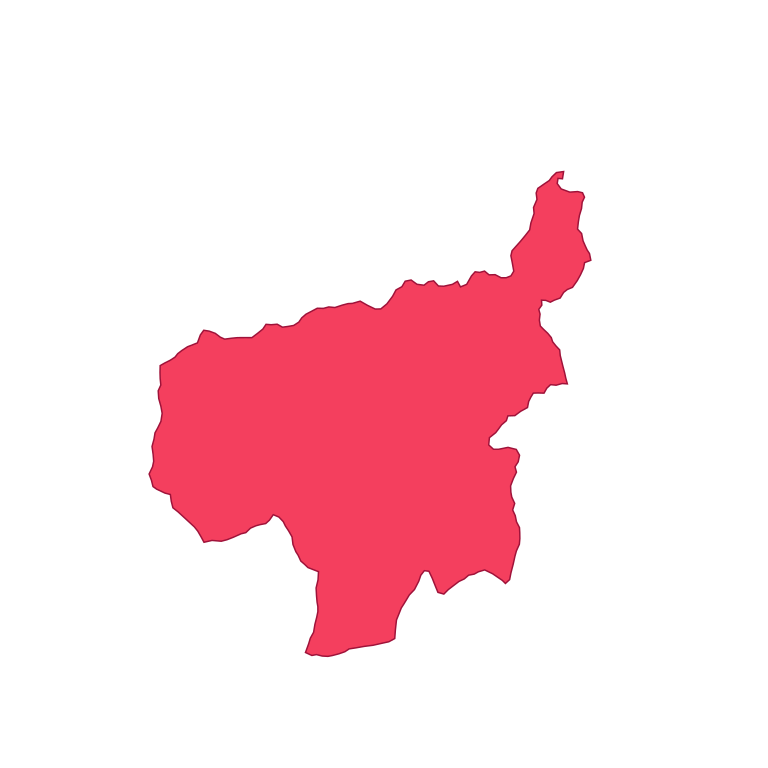 Echaporã, São Paulo, Brazil, rotated 29°
{"feature_id": "56859067B12179027104670", "entity_name": "Echaporã", "entity_type": "district", "adm_level": 2, "iso_a3": "BRA", "parent_name": "Brazil", "parent_adm1": "São Paulo", "projection": "orthographic", "projection_center": [-50.188, -22.419], "detail": "fine", "context": "isolated", "style": "filled", "palette": "rose", "viewbox_px": 768, "rotation_deg": 29, "n_neighbors": 0, "source": "geoboundaries", "source_scale": "gbopen_adm2", "svg_char_len": 3578}
<svg xmlns="http://www.w3.org/2000/svg" viewBox="0 0 768 768"><g transform="rotate(29 384 384)"><path d="M250.7,584.2L254.8,589.7L259.4,594.6L266.0,595.7L287.4,600.9L292.5,603.0L298.5,606.6L303.3,609.7L309.4,604.2L317.9,600.4L322.2,596.3L326.5,591.1L331.6,584.3L335.2,581.0L337.1,574.8L340.7,570.1L344.0,566.9L348.2,563.4L349.8,558.7L350.5,552.0L356.5,551.3L362.6,553.2L366.6,556.0L371.8,558.7L377.7,562.3L382.2,568.5L388.2,573.4L391.9,575.4L397.1,579.2L401.9,580.2L406.5,581.4L417.7,579.9L421.3,587.4L423.5,595.3L427.7,602.0L431.2,607.2L434.1,610.8L436.5,615.1L438.2,620.5L440.1,627.7L442.8,635.3L442.8,642.0L444.0,647.5L445.5,656.9L452.5,656.4L456.1,653.4L461.8,651.9L467.0,649.4L470.5,646.5L475.4,641.8L479.6,637.1L481.9,632.6L487.2,628.5L494.0,623.0L501.1,617.8L508.4,611.3L513.2,607.1L516.8,601.4L513.2,593.6L509.3,584.3L508.4,576.9L507.7,571.5L508.0,566.9L508.2,562.2L508.4,556.2L510.3,549.0L510.0,539.6L508.9,533.4L509.8,527.7L514.1,526.0L520.4,530.5L523.9,533.4L527.2,536.1L532.2,540.1L538.2,538.7L539.9,532.7L542.5,526.7L545.3,520.3L548.7,515.6L550.7,510.2L555.1,506.5L557.6,502.5L562.2,497.8L570.9,497.3L577.3,497.9L582.7,498.4L586.9,499.6L588.7,494.2L586.6,487.7L584.3,478.8L582.0,471.1L580.7,465.7L580.1,458.6L577.8,453.4L574.8,448.2L572.1,443.9L566.7,440.3L562.6,435.5L557.6,431.8L556.2,425.1L550.5,420.9L547.4,417.1L544.1,411.7L543.0,404.0L542.6,396.9L538.7,392.9L539.1,387.0L537.1,380.6L531.4,377.1L523.2,379.3L515.9,385.5L511.4,388.0L505.1,386.5L502.2,379.8L505.3,372.4L506.0,367.6L506.6,362.7L508.8,356.8L507.8,351.8L513.8,348.2L516.7,341.7L520.9,335.0L519.0,329.1L518.8,324.2L519.0,319.6L523.0,317.2L528.4,314.4L528.4,308.8L530.0,303.8L535.1,301.6L539.6,297.2L544.3,295.0L540.1,290.7L536.7,286.8L531.9,281.8L528.0,277.6L524.3,273.6L521.1,269.0L515.8,267.3L511.0,265.3L507.8,262.3L502.7,260.3L496.9,258.8L492.6,257.5L488.9,252.8L486.6,247.2L483.2,243.7L483.8,238.5L481.1,234.3L485.0,232.4L489.8,231.8L492.3,228.1L496.4,223.4L496.7,216.8L498.5,212.5L502.0,208.1L502.9,199.9L502.9,193.1L502.4,186.3L500.6,180.6L504.9,175.5L500.5,170.3L496.7,168.3L493.0,165.6L488.7,162.3L483.9,156.6L478.2,154.7L475.4,148.0L473.2,141.8L471.7,134.8L469.2,128.9L468.8,123.4L464.9,120.5L460.1,121.8L453.5,126.1L444.4,127.5L438.3,124.7L436.5,119.8L440.6,118.0L438.1,111.1L432.3,115.5L430.5,121.2L429.9,125.9L427.3,131.0L423.7,138.3L424.5,143.2L428.3,148.4L429.2,157.1L432.6,162.1L434.4,171.9L436.7,178.6L435.6,185.5L434.2,193.0L431.4,205.4L432.8,210.3L437.2,215.5L442.8,222.4L442.6,227.9L439.3,231.9L434.9,234.3L428.2,234.5L423.0,237.6L417.2,236.5L413.6,240.0L409.3,241.7L408.1,247.1L408.0,256.8L403.8,262.0L398.5,258.6L395.5,263.7L388.9,269.5L384.1,271.9L377.4,269.7L373.3,273.0L371.1,278.2L364.5,280.8L357.3,279.9L352.7,283.8L352.5,290.2L348.9,295.9L349.0,303.1L347.7,312.5L344.8,319.9L340.0,322.7L331.5,323.2L323.0,323.1L317.3,328.8L313.6,331.1L309.3,335.2L304.0,340.9L298.3,343.4L294.4,347.2L288.9,350.1L284.8,356.4L281.9,360.8L280.0,366.0L279.5,371.2L276.6,376.6L272.0,380.3L267.7,383.5L261.6,383.5L256.5,386.9L251.9,389.0L251.4,394.7L248.9,400.9L246.0,407.5L240.5,410.5L233.4,414.5L228.3,418.0L222.9,422.0L218.1,422.4L211.9,421.5L205.5,422.5L200.3,424.4L199.6,430.1L200.9,438.5L194.1,446.7L190.9,452.8L188.9,457.4L188.2,461.8L185.5,466.9L182.2,471.7L179.3,476.4L182.5,482.5L185.7,487.9L189.3,493.1L189.8,499.4L194.0,505.9L199.7,511.7L204.2,517.2L207.0,524.8L207.4,532.1L207.4,537.7L209.6,543.8L211.4,551.1L216.2,557.5L220.0,563.2L221.7,568.6L222.2,576.6L227.3,581.0L231.7,585.7L236.2,586.2L245.4,585.6L250.7,584.2Z" fill="#f43f5e" stroke="#9f1239" stroke-width="1.5"/></g></svg>